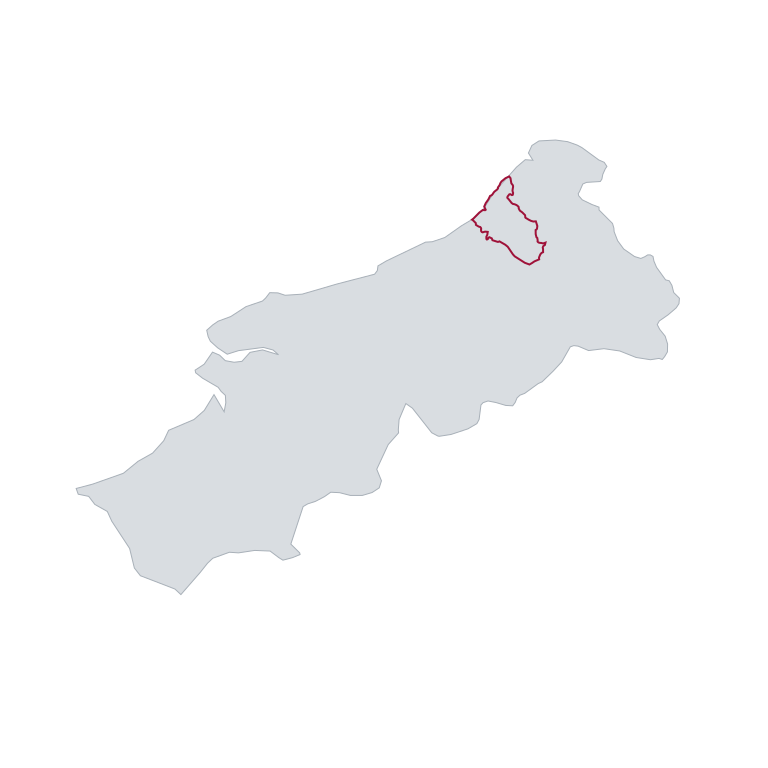 Portugal, with Porto highlighted, rotated 52°
{"feature_id": "PRT-754", "entity_name": "Porto", "entity_type": "District", "adm_level": 1, "iso_a3": "PRT", "parent_name": "Portugal", "parent_adm1": "", "projection": "mercator", "projection_center": [-8.398, 41.24], "detail": "fine", "context": "in_parent", "style": "outline", "palette": "rose", "viewbox_px": 768, "rotation_deg": 52, "n_neighbors": 0, "source": "natural_earth", "source_scale": "10m", "svg_char_len": 4081}
<svg xmlns="http://www.w3.org/2000/svg" viewBox="0 0 768 768"><g transform="rotate(52 384 384)"><path d="M297.4,98.6L306.1,90.1L314.8,84.6L319.6,82.5L339.7,76.8L344.9,74.0L349.8,74.4L350.7,77.2L353.5,82.5L356.7,86.2L357.6,88.9L349.8,100.3L348.8,104.2L352.8,111.6L353.5,113.7L355.5,114.7L360.9,114.4L370.5,109.7L377.0,105.7L379.3,107.4L398.2,105.1L402.7,106.9L405.7,108.9L415.0,111.7L425.2,112.0L437.8,108.1L443.2,104.3L444.3,100.0L444.6,96.8L446.2,94.7L449.1,93.5L453.5,95.7L459.9,97.4L475.3,98.0L478.3,95.7L483.5,96.4L490.3,99.4L498.3,98.4L502.3,102.1L503.9,106.9L504.4,117.5L503.8,128.2L505.4,132.1L510.7,133.1L519.4,133.0L527.1,135.9L533.2,140.9L535.2,146.0L536.0,149.6L533.1,151.6L528.9,159.1L518.3,169.0L503.1,177.9L491.6,188.9L483.6,202.2L473.7,207.7L470.6,210.8L469.4,214.3L476.0,230.4L478.0,242.8L479.6,258.0L478.6,262.3L478.0,278.9L476.5,283.8L476.9,287.8L479.3,292.0L480.4,296.0L475.9,301.2L467.5,307.2L461.4,312.5L459.7,317.4L460.2,320.5L470.5,330.9L472.4,335.2L471.0,345.5L465.0,362.3L459.3,372.5L458.3,373.5L451.8,376.4L420.5,376.5L412.9,378.8L414.0,380.9L421.3,394.0L429.0,401.0L431.5,402.6L434.3,417.9L446.7,442.2L458.7,445.6L462.9,451.7L462.2,460.2L458.5,469.6L451.1,479.1L442.3,485.9L436.5,492.6L436.1,500.3L434.3,510.2L431.5,517.9L430.8,523.2L452.8,556.0L465.1,554.4L466.7,555.1L464.5,563.0L460.6,572.1L456.0,573.8L445.5,576.6L435.5,588.4L427.5,602.6L421.4,609.4L415.9,626.2L416.6,633.5L419.3,644.7L424.9,673.7L416.8,675.0L385.1,694.0L375.3,694.0L357.0,685.7L324.6,683.0L314.1,680.5L300.9,686.0L290.7,685.9L282.6,692.8L276.8,690.9L283.5,675.3L293.9,644.3L293.5,625.4L296.0,608.9L293.1,592.5L287.9,582.2L295.0,555.6L294.2,541.9L287.7,524.5L307.5,527.1L301.4,520.2L295.3,516.0L289.5,516.9L284.5,516.7L267.7,523.4L259.2,525.5L256.8,524.3L257.7,513.5L253.3,499.5L260.1,495.8L267.9,494.7L274.6,488.7L278.7,482.0L276.6,470.1L282.4,458.7L296.0,449.1L288.9,450.5L280.9,456.5L268.1,478.2L264.0,489.2L253.1,492.8L243.4,494.5L238.4,493.4L232.5,490.6L232.0,482.5L232.4,476.0L236.5,463.2L238.1,445.0L243.8,428.7L243.4,424.3L241.7,417.8L246.9,411.5L253.2,407.3L262.8,393.2L276.2,359.6L291.7,323.8L290.5,319.4L287.2,316.0L288.5,306.3L297.8,263.9L301.6,258.4L306.0,245.9L307.0,225.7L308.7,211.8L308.3,204.8L306.9,196.4L301.0,180.3L294.7,146.1L294.2,134.6L299.4,128.9L290.9,128.0L287.1,120.6L287.9,112.2L297.4,98.6Z" fill="#d9dde1" stroke="#a8b0b8" stroke-width="1"/><path d="M308.7,213.4L308.7,211.7L307.6,203.4L307.7,199.1L309.3,197.3L309.3,196.6L305.9,195.8L304.1,192.4L302.8,188.1L301.1,184.6L301.5,183.0L301.3,181.6L300.8,180.2L300.4,178.7L300.4,174.9L300.0,173.7L299.3,173.3L298.9,172.1L298.6,170.8L297.3,168.5L296.7,166.7L296.7,165.2L296.6,161.6L297.5,157.6L299.7,157.6L302.0,158.9L304.3,160.1L306.7,160.1L307.6,160.5L308.4,161.2L309.0,161.9L310.6,163.6L311.9,164.3L312.9,164.6L313.8,165.5L314.2,166.2L313.9,166.9L313.3,167.2L312.4,167.4L311.7,168.4L311.9,169.3L312.3,171.0L312.8,171.9L313.4,172.2L313.8,172.2L314.7,172.0L319.9,172.0L320.6,171.8L321.4,171.6L322.1,171.0L322.8,170.4L324.6,169.4L326.2,169.0L327.3,168.9L328.0,169.3L328.7,169.8L331.0,170.2L333.8,169.4L337.7,168.9L338.4,169.2L339.7,170.1L340.3,170.1L342.5,169.2L343.2,169.0L346.0,167.7L347.9,166.3L349.3,164.2L353.9,165.9L355.8,167.8L356.1,168.6L356.0,169.7L359.3,172.2L362.2,173.5L363.3,173.3L365.3,174.4L366.3,175.3L367.3,175.2L368.0,174.9L368.7,174.3L369.2,173.8L369.5,173.4L370.2,172.8L370.7,172.5L371.1,172.0L371.5,171.4L371.6,170.9L372.0,169.7L373.5,171.6L373.4,172.7L373.5,173.8L374.2,174.9L375.6,175.6L378.1,177.5L377.7,179.1L378.1,181.0L379.7,183.9L380.9,184.8L381.3,185.0L380.0,189.9L379.8,192.9L379.4,195.8L375.2,198.4L363.9,202.4L361.3,202.6L352.0,202.0L348.9,202.7L342.7,205.2L342.3,206.5L342.0,206.9L337.5,210.0L335.6,209.4L333.2,210.6L333.1,211.2L333.2,212.0L333.6,212.6L333.7,213.4L333.4,214.0L332.7,214.0L331.0,212.7L330.3,211.3L329.9,210.6L328.0,208.6L326.3,210.4L325.9,211.1L325.3,212.8L324.6,213.3L323.6,213.4L322.3,212.7L321.6,211.9L320.7,211.5L319.6,211.5L318.2,212.5L315.2,213.6L313.7,212.6L309.6,213.1L308.7,213.4L308.7,213.4Z" fill="none" stroke="#9f1239" stroke-width="2"/></g></svg>